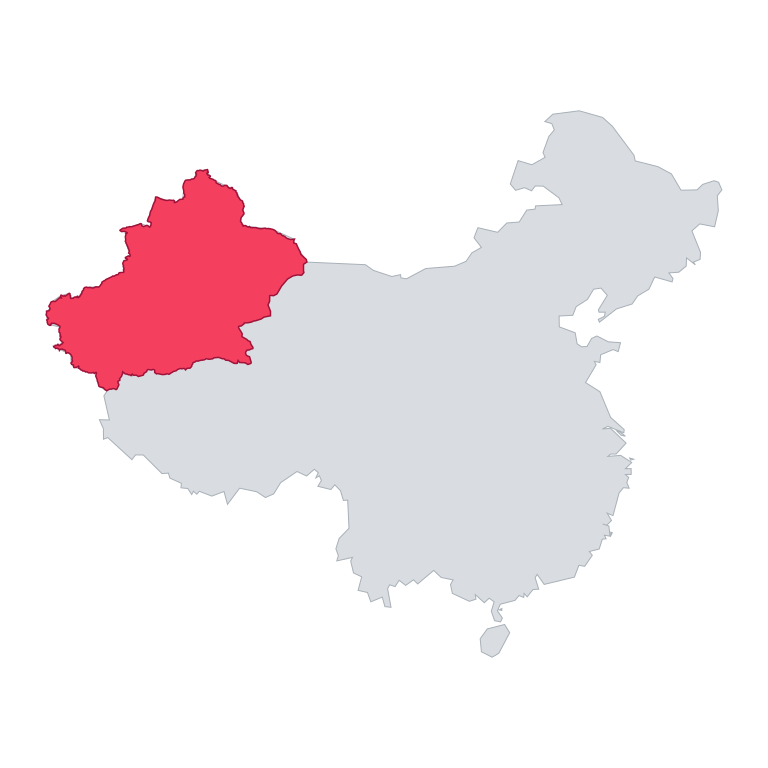 China, with Xinjiang highlighted
{"feature_id": "CHN-1756", "entity_name": "Xinjiang", "entity_type": "Autonomous Region", "adm_level": 1, "iso_a3": "CHN", "parent_name": "China", "parent_adm1": "", "projection": "equal_earth", "projection_center": [83.367, 41.753], "detail": "fine", "context": "in_parent", "style": "filled", "palette": "rose", "viewbox_px": 768, "rotation_deg": 0, "n_neighbors": 0, "source": "natural_earth", "source_scale": "10m", "svg_char_len": 9629}
<svg xmlns="http://www.w3.org/2000/svg" viewBox="0 0 768 768"><path d="M469.4,601.3L452.4,593.4L450.5,584.5L453.1,579.9L441.2,577.5L433.7,570.4L417.7,583.9L413.5,579.8L405.7,585.4L399.1,580.3L395.1,586.6L389.7,584.8L387.6,588.7L391.0,607.3L384.9,606.6L382.3,597.1L370.8,601.8L367.5,592.5L358.1,590.4L361.7,576.8L353.5,572.9L350.7,561.0L352.5,557.4L336.8,560.9L338.4,555.6L335.9,548.8L339.1,538.5L349.0,528.3L347.7,500.1L343.4,500.4L340.5,490.7L334.8,484.8L330.9,489.5L317.9,486.3L321.4,480.5L319.4,475.8L315.8,477.9L318.3,472.6L314.2,469.3L306.6,476.0L297.0,471.5L280.6,482.7L273.7,493.9L265.4,497.5L256.6,491.7L239.6,488.2L227.5,504.3L224.0,491.5L211.8,496.1L199.3,491.3L196.8,494.2L193.4,491.2L191.7,494.5L187.8,488.5L180.9,487.8L181.4,483.3L169.9,478.1L168.4,473.1L162.0,473.6L143.3,455.0L135.6,454.9L131.9,459.7L107.8,437.6L103.5,439.2L103.4,428.7L99.4,419.7L109.4,420.0L103.9,395.9L106.9,391.3L98.8,385.7L96.2,372.7L74.2,367.5L71.2,363.8L70.7,354.4L53.7,346.8L62.6,343.0L60.1,339.6L59.9,327.2L47.9,324.1L46.5,311.2L49.8,309.3L51.1,302.2L61.1,295.5L69.5,293.4L70.7,298.2L78.1,297.5L85.2,287.4L99.2,286.6L106.5,279.3L123.7,272.1L123.0,262.9L127.3,259.8L125.7,257.3L130.2,255.5L125.5,241.8L127.1,232.8L120.3,230.3L140.7,223.6L149.9,226.8L151.0,222.5L147.7,220.1L155.7,197.3L175.0,202.4L182.7,199.1L184.7,181.5L194.0,178.5L197.5,170.7L207.5,169.7L209.5,178.1L235.4,190.4L244.0,206.1L240.6,221.1L243.2,225.8L272.8,229.5L293.9,239.1L293.9,242.6L307.1,262.1L365.4,264.7L373.4,270.4L391.8,276.5L400.6,274.6L400.9,277.9L406.5,278.8L425.8,268.5L454.7,266.2L466.1,261.3L471.8,252.9L481.4,247.4L474.0,237.8L477.9,227.7L497.6,232.3L506.8,223.0L519.2,222.0L526.7,210.1L535.1,209.1L535.6,205.9L562.1,204.6L559.0,197.9L543.2,186.1L535.2,186.0L531.6,190.8L524.5,187.7L515.6,190.3L510.3,184.0L518.1,160.6L531.8,164.8L545.1,157.3L543.0,152.6L548.8,136.5L554.3,129.9L551.8,123.6L544.8,121.6L552.8,114.2L579.2,110.8L602.5,117.4L612.4,126.3L634.0,155.3L635.2,160.9L657.8,166.6L671.4,173.9L681.0,190.2L697.0,189.9L702.7,184.4L714.1,180.7L718.6,182.3L721.9,189.9L717.3,195.7L718.3,210.7L714.6,226.8L699.7,223.9L691.9,230.9L700.5,252.3L700.1,259.4L693.4,262.0L695.3,264.8L686.5,257.9L686.2,266.1L678.8,272.2L668.9,272.9L673.0,278.6L672.1,281.9L654.7,277.0L648.9,289.2L637.7,295.9L632.1,304.0L616.5,308.9L599.4,322.2L598.3,319.3L604.4,316.4L605.3,312.2L599.0,312.2L598.4,309.8L607.3,295.3L601.0,288.1L593.6,289.2L587.5,299.4L576.2,306.6L572.8,315.3L559.1,316.0L559.3,326.9L575.2,332.8L577.1,343.8L581.5,346.8L587.0,346.5L591.6,338.4L596.9,336.0L608.3,341.8L620.5,342.7L618.2,351.6L613.1,349.6L600.7,354.7L599.9,362.5L594.4,361.4L596.1,364.8L585.5,382.6L599.9,391.7L610.6,417.4L624.2,429.6L623.8,432.8L607.9,426.3L602.4,429.0L610.5,428.3L626.1,443.1L616.1,454.0L610.7,454.0L607.9,456.4L620.7,455.4L631.7,462.5L625.4,468.7L631.1,468.6L631.2,474.4L625.4,474.5L628.7,477.4L626.8,482.5L629.1,488.2L623.4,487.7L619.1,492.9L613.0,515.6L607.1,513.1L611.5,520.5L606.8,525.2L602.7,524.0L608.9,526.0L610.0,536.2L604.4,535.2L606.1,538.8L602.3,539.2L599.2,549.0L589.3,551.5L592.3,555.3L584.7,566.3L578.9,565.3L574.4,577.1L544.2,584.4L537.2,574.4L535.1,577.6L538.7,589.2L533.0,589.5L527.2,596.8L524.1,593.4L523.7,597.4L519.0,595.5L515.0,600.4L500.3,604.2L497.4,610.8L502.4,618.1L500.5,621.9L494.6,620.7L491.3,611.3L494.1,601.8L489.2,598.2L484.3,602.7L475.3,594.6L475.9,599.2L469.4,601.3ZM504.6,624.5L509.7,632.7L498.8,653.3L492.1,657.2L481.4,651.8L480.2,638.7L487.3,628.9L504.6,624.5ZM625.4,436.2L621.2,435.3L616.9,431.1L620.0,431.9L625.4,436.2ZM633.7,459.2L630.6,460.1L629.7,458.0L633.7,459.2ZM612.3,532.8L610.9,535.5L610.8,532.1L612.3,532.8ZM499.0,609.9L501.9,608.5L501.8,610.4L499.0,609.9Z" fill="#d9dde1" stroke="#a8b0b8" stroke-width="1"/><path d="M94.3,373.5L93.3,372.5L91.7,373.0L88.4,372.8L87.2,371.9L85.5,372.0L84.6,371.1L82.7,371.0L82.1,370.2L81.1,370.1L80.1,369.0L78.9,368.4L78.7,367.9L78.9,366.6L78.5,366.1L76.9,367.2L74.1,367.6L73.8,367.3L73.3,364.9L71.7,364.4L71.1,363.5L71.1,362.8L72.0,362.1L72.0,361.4L72.5,360.9L72.0,359.8L72.2,357.3L70.8,354.5L68.5,352.8L67.6,352.6L66.8,352.9L66.6,353.3L65.9,353.3L65.4,350.6L64.6,350.0L63.2,349.7L62.1,349.0L60.1,349.4L59.4,350.4L59.2,349.6L58.5,348.7L57.7,348.7L57.0,348.1L55.6,348.6L54.9,347.7L53.8,347.0L53.6,346.3L54.7,346.2L55.2,345.3L56.7,345.4L57.9,344.3L58.7,345.6L59.8,345.4L60.6,344.6L61.9,344.1L62.3,343.1L63.1,342.7L60.0,339.7L60.0,338.8L61.0,337.0L60.1,336.1L60.5,335.3L60.2,335.0L60.1,333.1L59.1,332.2L59.0,329.0L59.9,327.6L59.9,326.3L59.0,325.5L58.3,325.4L57.7,324.8L53.9,323.2L52.8,323.5L51.7,323.2L51.2,324.0L50.7,324.2L50.9,325.0L50.7,325.3L49.4,325.3L47.9,324.2L47.2,322.4L47.3,321.2L46.7,320.0L47.2,319.3L48.2,319.1L48.5,318.7L48.4,318.2L47.2,317.1L46.8,315.9L46.1,314.9L46.6,312.7L46.5,311.2L48.9,310.8L49.4,309.7L50.0,309.2L49.7,307.3L49.0,306.7L48.9,306.1L50.5,303.3L50.7,302.5L51.3,301.9L53.2,301.2L54.7,301.5L55.5,301.3L59.5,297.8L61.3,297.9L60.5,296.5L61.1,295.1L63.0,296.1L64.6,295.8L65.2,296.2L69.1,293.3L69.9,293.6L70.1,295.4L70.7,296.0L70.3,297.0L70.8,298.4L71.8,298.2L73.3,298.3L74.0,297.4L75.1,296.9L76.2,297.3L77.3,296.2L77.7,296.3L77.9,297.5L78.3,297.6L80.0,296.2L81.0,294.3L81.7,293.6L82.1,291.3L83.5,290.0L83.6,288.6L84.7,287.5L86.4,287.1L87.7,287.6L90.1,287.4L92.1,288.0L93.8,287.8L95.9,286.8L98.6,287.1L100.0,286.0L101.0,284.3L101.9,283.7L101.8,282.6L102.0,282.1L103.8,280.9L105.0,280.6L105.5,279.7L111.7,276.8L112.7,276.0L114.0,276.2L116.5,274.7L118.1,274.6L119.2,272.7L123.6,272.3L123.9,271.5L123.4,269.9L124.1,269.2L123.3,266.3L123.5,265.5L123.0,264.5L122.8,263.2L124.0,260.6L125.0,260.6L127.4,259.7L127.4,259.1L125.5,258.3L125.3,257.9L125.4,257.5L128.3,255.9L129.5,256.4L130.0,256.2L130.3,255.7L129.8,253.9L128.6,253.1L129.4,251.1L126.8,244.5L126.2,243.6L126.0,242.5L125.3,241.4L125.7,239.8L125.3,236.6L126.0,234.4L125.7,233.7L127.2,233.0L127.2,232.6L124.4,231.3L121.6,231.6L120.3,230.8L120.0,230.5L120.2,230.0L122.9,228.2L126.1,228.0L126.8,227.1L127.8,227.2L129.6,226.6L131.3,226.8L139.0,224.4L140.4,223.6L141.2,223.8L141.5,224.2L141.8,225.8L143.6,226.6L146.9,225.3L147.9,225.7L149.4,227.0L150.1,226.9L151.0,225.1L151.2,222.6L149.9,221.9L148.2,221.7L147.4,220.9L148.3,218.1L149.6,215.6L150.5,211.4L151.7,209.5L153.6,203.8L155.2,200.8L155.6,197.1L157.0,197.0L161.1,199.0L165.3,200.3L167.1,200.5L169.3,200.0L172.1,200.4L173.6,200.2L174.6,201.1L174.2,202.3L174.5,202.6L176.4,202.1L179.8,199.4L182.8,199.2L183.4,197.4L184.6,197.1L184.8,196.1L184.7,194.5L183.7,193.0L183.8,191.2L182.9,187.0L183.6,183.9L185.0,180.9L185.7,180.2L188.1,179.9L190.1,180.0L191.4,179.1L192.7,179.1L194.2,178.5L194.6,177.6L196.1,175.9L196.0,174.9L196.5,174.2L195.7,173.2L195.6,172.6L197.2,170.5L198.5,170.7L200.0,170.1L203.1,171.0L203.9,170.7L204.2,170.3L207.5,169.6L207.8,170.5L207.6,171.5L208.2,171.9L208.2,172.4L207.0,173.0L206.8,173.7L207.4,174.2L207.7,174.9L209.4,175.3L210.3,176.0L210.3,176.5L209.1,177.5L209.6,178.2L213.1,179.3L214.4,180.4L215.3,180.4L216.0,181.1L216.0,182.1L216.4,183.1L217.7,183.5L218.7,184.4L219.9,184.4L221.4,186.0L223.3,186.2L224.8,185.3L226.8,185.4L227.1,185.6L227.3,186.4L227.8,186.7L228.1,187.3L228.9,187.6L229.2,188.3L230.7,188.3L231.2,188.1L231.3,187.5L232.4,187.6L232.9,189.3L233.8,189.9L235.8,190.7L235.6,191.2L236.3,192.4L237.0,193.0L237.1,194.3L237.5,194.6L237.4,195.6L240.2,199.8L242.2,200.8L242.8,201.9L242.7,202.6L243.6,203.7L243.6,205.7L244.2,206.1L242.7,209.9L243.4,211.8L243.9,212.6L244.0,213.9L241.0,217.8L240.5,221.5L241.6,222.6L242.2,224.4L243.0,225.0L243.1,226.0L245.1,225.5L246.0,225.8L247.3,226.8L248.7,227.0L249.4,226.5L250.6,227.6L256.2,227.6L258.3,228.5L261.1,228.7L265.3,228.1L266.4,228.6L268.8,228.5L272.9,229.4L275.1,230.5L277.6,233.4L279.1,233.7L280.5,233.6L282.4,235.7L283.4,235.8L285.2,236.8L286.5,238.2L290.4,239.5L294.5,239.1L293.7,240.9L293.8,243.0L296.3,243.8L298.4,248.6L300.2,251.9L300.8,254.3L306.3,259.5L306.9,262.0L303.9,264.0L303.5,264.7L303.5,270.7L303.9,272.6L302.0,274.9L301.0,275.3L297.8,274.9L292.9,275.9L287.6,279.0L281.5,286.2L276.9,294.0L273.6,295.7L270.7,295.4L269.7,295.7L269.6,301.4L268.0,304.9L270.5,311.3L270.5,315.8L264.0,317.1L261.2,319.0L255.5,320.8L253.6,321.0L251.7,322.0L248.4,322.7L244.3,323.0L244.0,323.9L241.2,326.0L239.1,326.2L238.6,326.6L238.5,327.2L239.0,328.4L242.1,333.5L242.2,334.8L241.8,336.0L242.0,336.7L246.9,339.5L248.2,340.8L249.9,341.4L250.3,342.1L250.9,344.3L252.8,347.1L253.0,348.1L252.7,348.7L251.4,348.9L249.2,350.0L247.1,350.1L245.9,351.7L245.6,352.4L245.8,354.3L246.5,355.3L247.5,356.0L249.5,356.7L251.2,362.3L250.9,363.4L247.9,364.5L245.1,362.8L239.6,362.5L238.1,360.5L237.2,363.3L236.2,363.5L234.0,363.3L228.5,360.4L225.7,360.2L224.0,358.7L222.5,358.8L218.7,357.4L214.0,357.8L212.7,358.8L209.0,359.3L206.3,358.7L204.4,359.8L199.8,360.5L198.3,361.1L196.1,361.0L195.3,361.8L193.0,362.7L192.7,364.0L192.0,364.8L191.6,366.5L190.0,368.2L187.3,368.2L185.5,369.9L184.9,369.0L184.0,368.4L181.9,368.8L180.5,368.5L177.8,369.4L176.1,370.8L173.6,371.4L169.0,374.3L167.0,373.7L165.4,374.4L162.3,374.6L157.7,373.6L156.5,373.9L154.7,372.5L154.8,370.8L154.5,369.9L153.0,369.4L151.6,370.0L148.1,369.5L147.0,370.3L146.6,371.7L143.9,373.4L143.6,374.7L143.2,375.2L138.4,376.5L136.2,375.1L133.8,375.3L132.2,374.1L131.7,374.5L131.7,375.5L131.0,375.6L129.8,374.8L128.4,374.8L127.4,374.2L125.2,373.9L122.7,371.9L122.5,373.7L121.5,376.3L119.5,378.9L119.9,379.8L119.8,380.4L118.4,381.0L117.9,381.5L118.2,383.3L118.8,384.2L118.8,385.0L116.8,389.2L116.0,389.6L114.5,388.8L113.0,388.6L111.3,389.2L109.7,389.1L106.7,390.7L104.9,389.5L103.3,387.7L99.9,386.9L98.9,386.2L98.0,382.6L97.3,381.1L97.1,379.4L95.7,376.0L96.4,373.1L96.2,372.5L95.5,372.5L94.3,373.5Z" fill="#f43f5e" stroke="#9f1239" stroke-width="1.5"/></svg>